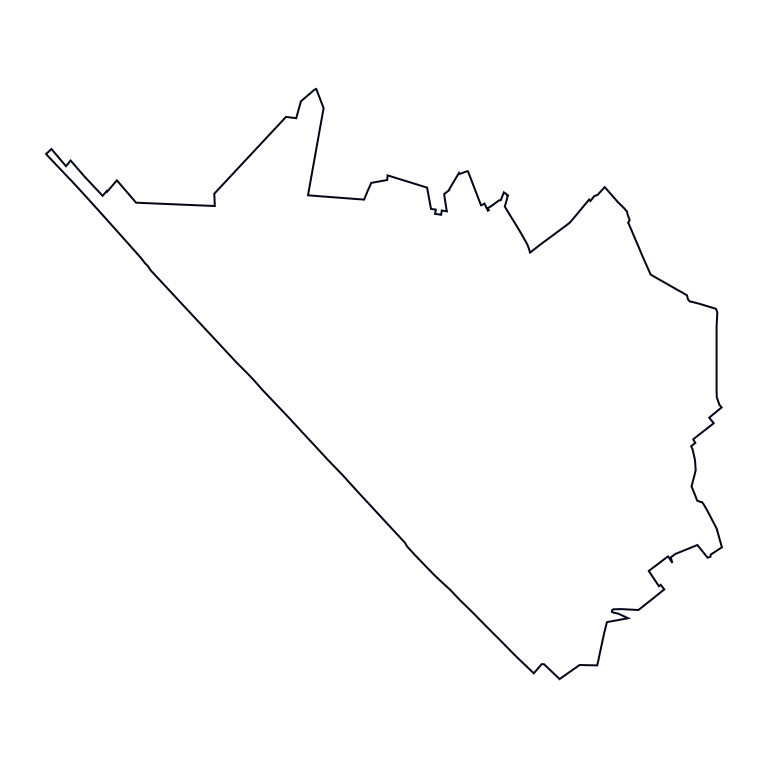 outline of Mazatán, Chiapas, Mexico
{"feature_id": "50627088B67111551527480", "entity_name": "Mazatán", "entity_type": "district", "adm_level": 2, "iso_a3": "MEX", "parent_name": "Mexico", "parent_adm1": "Chiapas", "projection": "albers", "projection_center": [-92.476, 14.878], "detail": "fine", "context": "isolated", "style": "outline", "palette": "ink", "viewbox_px": 768, "rotation_deg": 0, "n_neighbors": 0, "source": "geoboundaries", "source_scale": "gbopen_adm2", "svg_char_len": 4874}
<svg xmlns="http://www.w3.org/2000/svg" viewBox="0 0 768 768"><path d="M617.6,201.8L617.0,201.1L606.3,188.9L604.7,187.1L597.6,194.9L594.9,195.9L594.3,196.1L590.4,201.0L589.1,199.5L587.7,201.3L586.3,202.9L585.4,204.0L584.5,205.1L583.4,206.4L581.6,208.6L581.0,209.3L580.5,209.9L577.3,213.8L574.7,216.9L572.7,219.3L571.2,221.0L570.8,221.5L570.5,221.9L570.1,222.3L569.9,222.5L569.5,222.8L568.6,223.6L565.0,226.3L557.5,231.9L551.3,236.5L548.9,238.3L547.6,239.2L546.5,240.0L545.9,240.5L545.4,240.8L544.2,241.7L543.6,242.2L542.4,243.0L541.3,243.9L539.5,245.2L530.2,252.5L529.9,252.5L529.9,251.9L528.9,248.7L527.3,244.4L526.7,243.3L524.2,238.9L522.8,236.4L519.7,231.0L515.7,224.4L511.6,217.8L504.8,206.6L506.7,200.1L506.7,199.9L507.9,195.5L508.0,195.4L507.7,195.1L506.8,195.3L506.3,193.8L504.6,193.1L503.9,192.4L500.8,200.2L499.0,200.4L491.0,206.3L490.9,206.3L489.9,206.9L488.7,207.6L487.6,208.3L488.8,210.3L487.9,210.7L484.5,203.6L481.3,205.4L481.3,206.0L470.6,178.1L469.4,175.0L468.0,171.4L467.0,171.3L466.9,171.3L459.3,174.1L458.9,173.1L452.7,183.4L449.2,189.4L449.4,190.0L444.2,194.0L444.6,197.4L446.7,210.8L447.0,211.2L447.0,211.3L442.2,210.6L441.8,210.5L441.1,214.8L438.9,214.4L435.1,213.9L435.8,209.6L432.3,209.1L431.0,208.9L427.1,187.6L387.6,175.4L387.2,180.0L371.2,182.9L370.2,185.3L367.9,190.4L367.0,192.5L365.9,195.2L364.8,197.9L364.1,199.6L363.6,199.6L362.6,199.5L361.5,199.4L360.4,199.3L359.3,199.2L358.2,199.2L357.1,199.1L356.0,199.0L354.9,198.9L353.8,198.8L352.7,198.8L351.6,198.6L350.5,198.6L349.4,198.5L348.3,198.4L347.5,198.3L347.2,198.3L346.1,198.2L345.0,198.2L343.9,198.1L342.8,198.0L341.7,197.9L340.6,197.8L339.5,197.7L338.4,197.6L337.3,197.6L336.2,197.5L335.1,197.4L334.0,197.3L332.9,197.2L331.8,197.2L330.7,197.1L329.6,197.0L328.5,196.9L327.4,196.8L326.3,196.7L325.2,196.6L324.1,196.5L322.9,196.5L310.7,195.5L308.0,195.3L323.6,108.1L316.3,89.0L316.2,88.9L314.1,90.0L300.9,101.3L298.8,109.0L296.2,118.2L286.0,116.9L214.3,193.7L214.8,206.0L209.4,205.8L136.1,202.7L116.9,180.4L107.2,191.6L106.8,191.0L102.6,195.8L84.8,176.9L70.6,160.5L66.0,166.2L51.4,149.0L48.1,152.2L47.0,153.1L46.1,154.0L48.9,157.1L55.8,164.4L62.0,170.9L69.1,178.4L71.5,180.8L87.1,197.8L97.5,209.3L126.8,242.0L141.7,258.8L144.7,262.9L147.9,266.1L150.8,270.5L236.5,362.5L246.2,372.2L252.9,379.1L262.7,390.2L289.9,418.8L302.1,432.1L313.6,444.4L327.9,459.9L343.0,475.5L347.4,480.4L352.6,486.1L359.2,493.4L366.7,501.4L372.4,507.6L388.3,524.8L405.1,542.9L407.1,546.5L413.3,553.2L414.9,555.1L416.6,556.7L417.4,557.5L417.8,558.0L418.3,558.5L418.5,559.0L419.0,559.3L419.5,559.8L420.1,560.4L420.6,560.9L421.2,561.5L421.6,562.0L422.4,562.8L423.6,564.0L426.8,567.4L431.2,571.8L433.2,574.0L433.4,574.2L434.3,575.0L438.2,578.8L450.3,589.9L459.8,600.0L462.2,602.3L473.4,613.2L485.7,625.8L495.0,635.1L503.1,643.2L511.9,652.2L519.0,659.2L527.2,667.0L533.8,673.3L539.9,666.2L541.6,664.2L544.0,664.2L559.1,678.6L559.6,679.1L559.8,678.9L579.6,665.0L597.2,665.4L598.7,658.9L598.7,658.7L599.0,657.1L599.3,655.8L600.9,648.3L601.0,648.0L601.0,647.7L601.1,647.4L601.2,646.8L601.4,646.0L601.5,645.6L604.0,633.9L606.9,622.2L607.0,622.1L610.7,621.4L611.6,621.3L612.4,621.1L613.1,621.0L614.0,620.8L615.0,620.6L616.0,620.5L617.0,620.3L627.1,618.4L628.0,618.2L618.1,613.6L614.1,612.8L611.9,611.9L612.1,610.3L613.3,609.3L621.1,609.1L638.3,610.0L639.9,608.9L645.6,604.3L651.2,599.9L656.7,595.5L661.8,591.4L662.1,591.1L664.3,589.4L660.7,584.8L659.9,585.4L658.9,586.2L654.8,580.0L654.7,579.9L648.9,571.1L648.8,570.9L650.9,569.3L653.0,567.7L655.2,566.1L657.3,564.5L659.4,562.9L661.5,561.3L663.6,559.7L665.7,558.1L667.8,556.5L668.1,556.4L671.9,562.2L672.1,562.1L670.8,557.4L675.2,554.0L697.4,545.0L707.6,557.7L710.5,556.7L710.7,554.6L721.9,547.3L716.7,528.7L707.4,510.8L703.4,503.9L702.8,503.3L702.5,502.8L702.2,502.2L701.8,502.0L701.3,502.0L700.6,502.0L699.7,501.8L699.1,501.3L698.4,500.9L697.4,500.9L696.9,499.8L693.3,490.7L691.5,486.5L693.2,480.1L694.8,474.0L694.9,473.7L695.4,471.2L695.5,471.0L695.7,470.3L695.2,463.2L695.0,460.8L694.7,458.7L693.8,454.7L693.3,452.5L693.0,451.4L692.8,450.3L692.6,449.5L692.1,448.3L691.4,446.7L691.2,446.2L695.3,442.9L693.2,439.4L694.7,438.1L712.5,424.2L713.7,423.2L709.2,417.7L712.6,414.8L714.4,413.4L715.4,412.6L716.3,411.8L717.2,411.1L718.1,410.3L719.1,409.5L720.0,408.8L721.3,407.7L721.6,407.5L719.3,404.6L716.8,397.3L716.6,391.2L716.6,325.6L717.0,318.6L717.3,312.5L717.3,312.3L716.0,308.9L715.0,308.5L705.7,305.7L701.5,304.4L699.1,303.7L692.1,301.9L690.7,301.7L689.7,301.3L688.0,299.4L687.7,298.4L687.0,295.4L682.6,292.7L681.6,292.2L680.2,291.4L677.6,290.0L677.5,289.9L677.3,289.8L677.1,289.7L656.2,277.8L650.6,274.5L641.9,254.8L639.2,248.3L635.1,238.7L628.5,223.3L628.1,222.8L628.7,222.2L628.7,221.6L629.0,221.1L629.5,220.5L629.7,220.0L627.7,214.8L627.4,213.5L627.2,212.8L627.0,211.7L626.7,211.0L625.7,210.3L624.9,209.0L617.6,201.8Z" fill="none" stroke="#020617" stroke-width="2"/></svg>